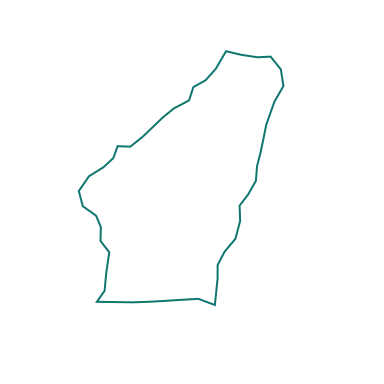 outline of Taboão da Serra, São Paulo, Brazil, rotated 334°
{"feature_id": "56859067B51189828504800", "entity_name": "Taboão da Serra", "entity_type": "district", "adm_level": 2, "iso_a3": "BRA", "parent_name": "Brazil", "parent_adm1": "São Paulo", "projection": "albers", "projection_center": [-46.786, -23.622], "detail": "fine", "context": "isolated", "style": "outline", "palette": "teal", "viewbox_px": 384, "rotation_deg": 334, "n_neighbors": 0, "source": "geoboundaries", "source_scale": "gbopen_adm2", "svg_char_len": 725}
<svg xmlns="http://www.w3.org/2000/svg" viewBox="0 0 384 384"><g transform="rotate(334 192 192)"><path d="M90.7,141.5L87.6,156.8L95.4,171.3L94.7,183.5L88.3,195.9L91.2,209.9L79.1,227.7L70.1,242.5L58.4,249.0L90.0,265.0L103.3,271.0L119.2,277.7L133.9,283.7L151.0,290.9L163.0,303.6L177.0,281.1L183.0,268.9L195.3,259.8L210.5,253.1L222.6,239.1L228.8,225.1L241.6,218.7L254.4,209.9L261.7,197.4L270.7,186.8L278.6,176.7L288.3,164.0L305.6,147.0L320.6,136.9L325.6,120.8L322.0,104.8L309.9,99.6L296.4,90.3L284.3,80.4L267.2,91.8L253.2,97.5L239.2,98.3L229.5,108.4L212.4,108.9L198.4,112.2L186.3,116.1L171.6,120.8L156.4,124.2L145.2,118.2L136.2,127.0L123.4,130.9L106.3,132.7L90.7,141.5Z" fill="none" stroke="#0f766e" stroke-width="2"/></g></svg>